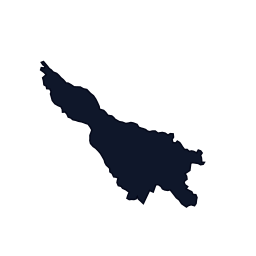 outline of Cambira, Paraná, Brazil, rotated 329°
{"feature_id": "56859067B19055984398551", "entity_name": "Cambira", "entity_type": "district", "adm_level": 2, "iso_a3": "BRA", "parent_name": "Brazil", "parent_adm1": "Paraná", "projection": "natural_earth1", "projection_center": [-51.567, -23.611], "detail": "fine", "context": "isolated", "style": "filled", "palette": "ink", "viewbox_px": 256, "rotation_deg": 329, "n_neighbors": 0, "source": "geoboundaries", "source_scale": "gbopen_adm2", "svg_char_len": 2256}
<svg xmlns="http://www.w3.org/2000/svg" viewBox="0 0 256 256"><g transform="rotate(329 128 128)"><path d="M89.8,27.5L87.5,27.1L87.6,30.0L88.8,32.5L86.9,33.3L84.8,31.6L83.0,33.2L84.7,37.1L85.3,40.2L80.7,41.0L79.9,43.9L78.2,47.7L79.5,50.1L78.6,52.4L81.1,54.2L80.8,57.3L79.1,58.9L78.4,61.6L77.3,65.5L77.8,69.5L79.7,72.9L81.5,75.2L81.3,78.1L80.0,80.7L82.4,81.9L82.8,84.7L82.4,87.9L84.1,89.8L85.0,92.5L87.2,94.5L88.9,96.6L91.4,98.8L92.9,100.6L94.1,102.2L95.8,104.1L96.1,107.6L96.0,111.1L94.1,112.7L91.6,114.7L90.1,117.3L88.8,119.2L87.9,122.0L88.6,125.9L89.9,128.7L90.8,132.5L91.3,135.6L91.3,138.8L91.2,143.0L90.4,145.8L90.3,148.7L91.0,151.0L91.5,153.2L89.9,156.3L91.0,158.7L90.6,162.5L92.6,164.1L93.7,165.9L91.9,167.5L90.5,169.1L90.0,172.4L92.1,174.5L92.3,176.8L94.3,179.7L96.0,183.7L93.4,185.5L90.9,187.7L92.2,190.0L94.4,191.0L96.3,192.4L98.5,192.9L100.6,191.6L100.3,194.1L101.2,197.0L102.2,200.7L114.3,192.6L116.6,195.9L122.5,191.0L124.8,192.1L126.2,195.1L126.2,197.9L127.5,199.9L130.0,202.0L132.3,202.7L132.7,205.7L133.1,209.0L133.5,212.7L134.8,216.0L135.0,220.5L136.2,223.2L137.4,225.8L139.9,225.6L142.6,226.3L145.0,228.9L147.4,227.8L149.9,224.6L151.3,223.2L151.8,220.1L149.5,218.5L149.8,215.5L148.2,213.0L146.4,210.0L149.0,209.0L147.7,206.2L147.9,203.7L149.5,202.5L152.2,202.3L153.4,199.5L153.4,196.5L159.2,196.2L163.7,190.5L165.6,191.0L169.9,194.5L171.3,196.9L173.8,197.8L175.8,196.8L173.6,195.3L174.6,193.4L175.6,191.3L176.2,188.7L178.7,187.6L178.5,185.1L176.9,183.1L174.0,184.7L172.3,181.9L170.7,180.4L168.4,179.6L167.6,176.8L165.4,175.6L165.0,172.1L165.0,169.5L164.8,167.1L163.5,164.6L161.3,165.4L159.0,163.8L159.8,160.6L162.3,159.3L163.7,156.3L161.3,154.6L158.6,154.7L157.2,151.5L155.1,149.5L151.0,147.8L149.8,144.6L147.2,143.1L144.8,142.4L143.1,140.7L142.3,138.4L140.7,136.4L139.3,135.0L137.6,132.9L137.6,129.6L135.2,126.5L133.3,124.8L130.8,124.0L128.4,123.0L126.2,120.1L123.9,118.2L121.4,113.8L121.1,111.6L120.3,109.3L117.3,106.8L116.9,103.1L116.2,100.4L113.3,97.2L114.4,94.5L114.9,90.4L115.2,86.6L115.0,82.6L113.6,78.9L112.5,73.8L109.9,71.4L108.2,68.3L103.0,65.0L101.5,61.7L99.8,58.7L98.1,57.6L97.4,53.4L96.3,50.2L95.8,47.2L95.0,44.5L92.7,41.5L92.1,38.6L91.1,36.5L90.8,33.7L89.8,27.5Z" fill="#0f172a" stroke="#020617" stroke-width="1.5"/></g></svg>